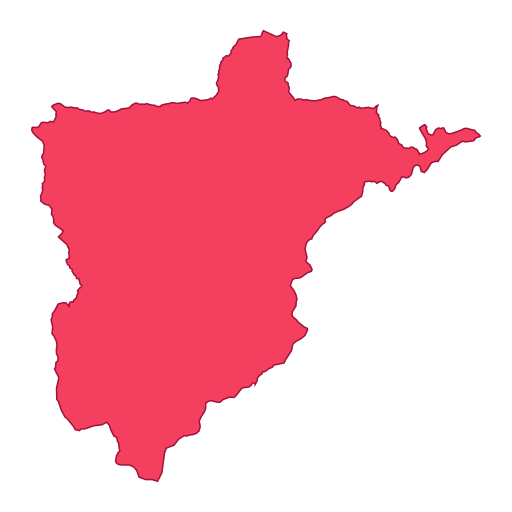 Sao Salvador Do Mundo, São Salvador do Mundo, Cabo Verde
{"feature_id": "66160863B42982614395502", "entity_name": "Sao Salvador Do Mundo", "entity_type": "district", "adm_level": 2, "iso_a3": "CPV", "parent_name": "Cabo Verde", "parent_adm1": "São Salvador do Mundo", "projection": "albers", "projection_center": [-23.615, 15.088], "detail": "fine", "context": "isolated", "style": "filled", "palette": "rose", "viewbox_px": 512, "rotation_deg": 0, "n_neighbors": 0, "source": "geoboundaries", "source_scale": "gbopen_adm2", "svg_char_len": 5914}
<svg xmlns="http://www.w3.org/2000/svg" viewBox="0 0 512 512"><path d="M79.4,430.6L81.5,428.8L84.8,428.9L94.0,425.7L101.9,424.8L106.9,422.2L109.5,425.7L110.5,429.1L113.8,435.9L116.8,437.5L117.4,441.2L118.7,443.2L119.1,447.8L119.9,451.1L118.3,452.3L116.5,455.8L115.6,461.1L116.3,462.8L118.1,464.3L121.0,464.9L129.3,465.0L133.8,467.0L136.7,470.4L139.1,477.1L145.6,479.6L152.2,479.6L157.6,481.3L161.9,472.6L164.6,452.6L166.4,448.1L174.1,445.1L178.6,439.2L184.1,435.7L186.9,436.0L189.4,435.0L192.4,434.7L196.4,433.4L199.2,430.7L200.2,426.5L199.2,421.1L201.3,416.5L204.1,412.4L205.7,408.6L205.7,403.1L209.3,400.9L211.2,400.7L218.3,402.4L220.2,402.1L222.9,399.6L228.5,397.5L231.1,397.1L234.0,397.5L236.5,395.1L240.9,389.4L242.7,387.8L248.8,387.0L250.2,386.2L253.0,382.8L255.0,383.3L255.1,384.6L257.2,380.6L257.5,378.0L259.8,375.1L261.8,374.1L262.8,371.9L265.1,371.5L269.0,368.5L272.2,367.4L273.7,365.2L284.1,362.9L285.6,359.7L291.5,350.6L292.8,344.2L295.9,341.4L300.9,338.7L305.0,335.4L307.6,329.6L307.2,328.3L304.4,327.1L298.2,322.1L296.2,319.5L293.7,317.7L292.1,315.4L292.2,312.0L295.9,306.2L296.2,301.4L297.0,299.3L296.0,294.8L294.0,290.6L290.4,285.8L291.4,282.2L292.7,279.5L294.9,278.4L299.0,278.1L301.1,277.3L307.6,272.6L311.3,271.4L312.1,269.6L310.1,265.2L305.9,261.6L307.0,257.3L305.1,249.3L305.7,245.9L306.4,243.2L308.4,240.4L310.3,239.2L311.8,238.9L313.0,235.7L316.3,231.9L320.1,226.6L322.3,224.3L324.5,223.0L325.5,221.5L324.9,219.2L326.1,218.0L331.0,215.6L333.7,213.3L338.2,211.2L343.7,209.4L349.3,206.1L351.9,204.2L353.4,202.0L361.6,196.1L362.7,191.6L363.0,187.1L364.2,185.1L364.5,182.0L370.0,180.9L370.9,181.8L374.6,181.4L377.0,183.4L378.0,182.5L380.6,181.4L381.7,181.4L385.2,183.7L385.9,185.2L388.2,185.9L389.0,186.8L389.5,189.4L390.6,190.8L391.2,191.3L392.6,191.2L394.7,188.8L396.1,184.6L398.7,182.5L402.0,176.6L406.3,177.9L409.2,177.0L411.5,174.1L413.2,167.5L415.4,165.3L416.8,165.0L419.3,165.8L419.9,166.4L421.3,171.4L424.4,172.5L427.4,169.3L430.3,164.4L431.9,162.5L435.4,161.4L438.1,161.5L442.4,154.6L450.9,146.9L456.4,145.2L461.6,141.6L463.4,141.4L465.9,141.9L473.3,140.8L474.5,139.9L476.0,137.8L479.5,136.7L480.3,136.0L478.4,133.9L476.8,133.0L474.7,130.4L466.2,128.3L464.3,128.5L460.7,130.3L451.6,133.5L448.9,133.9L445.9,132.4L443.8,128.0L442.3,127.9L441.4,128.6L438.5,128.0L435.7,129.6L433.1,134.4L432.5,135.1L431.5,135.0L429.1,134.3L427.7,132.9L426.3,129.0L426.7,127.3L425.4,125.0L424.4,124.7L419.8,127.6L419.5,128.6L425.4,138.6L426.5,142.0L426.3,145.8L426.8,147.0L428.2,148.0L428.4,148.8L427.1,150.9L423.3,153.1L419.3,154.3L419.1,152.8L418.1,151.7L417.3,149.8L416.2,149.0L414.8,148.8L414.6,148.3L412.6,147.2L411.3,147.0L408.7,148.4L403.6,147.8L402.2,146.1L401.9,145.1L398.8,143.5L397.5,139.7L395.6,137.3L394.4,137.1L393.2,137.5L390.8,136.4L389.5,135.2L389.0,133.3L386.3,130.4L383.3,129.0L381.0,128.6L381.4,127.3L380.2,124.7L380.9,122.8L379.7,120.1L379.9,118.8L378.1,115.8L378.8,115.0L376.1,112.3L376.7,110.8L376.6,108.3L377.8,105.3L376.5,105.9L374.1,108.1L372.7,108.5L368.3,107.3L361.4,108.3L359.1,107.1L358.3,107.7L356.7,107.6L353.8,105.9L350.2,105.4L347.2,101.5L344.3,100.6L343.3,99.8L340.7,99.4L335.9,96.7L333.6,96.4L327.0,98.0L326.0,97.8L323.4,98.6L321.2,99.8L317.8,100.2L316.1,100.9L310.1,100.5L306.1,99.6L303.8,100.1L301.1,99.0L297.8,99.0L294.8,100.2L293.2,97.4L288.6,91.9L289.3,87.7L288.1,84.8L288.3,83.4L287.2,82.3L285.3,81.5L284.9,80.5L285.1,77.7L286.7,76.8L287.7,75.0L288.5,69.7L291.1,66.5L291.0,63.2L288.8,59.3L288.2,59.2L288.3,58.7L287.3,58.0L286.8,56.1L287.6,54.6L287.1,52.9L288.6,45.2L288.4,42.9L289.3,40.8L287.0,39.0L286.4,35.4L286.8,33.7L283.3,32.1L281.1,35.0L278.2,36.2L275.9,36.5L263.5,30.7L262.3,32.4L261.4,35.8L260.4,36.5L251.5,37.1L238.6,39.2L236.2,44.2L233.0,47.3L232.7,48.8L231.1,50.7L231.3,52.5L228.9,55.8L226.0,55.8L224.9,57.1L223.2,57.7L222.8,59.8L220.7,62.3L221.0,63.6L219.6,65.6L219.8,67.5L218.6,71.6L219.0,72.3L218.0,74.5L218.7,75.3L218.0,79.8L216.4,83.3L217.4,86.1L218.7,87.4L218.4,89.5L218.9,90.9L216.3,95.2L212.5,98.8L210.8,98.1L209.7,99.0L207.8,99.7L201.1,100.6L195.3,98.3L193.0,98.0L190.9,98.3L190.1,100.6L187.7,103.0L185.1,102.2L176.4,103.5L174.6,102.8L171.6,102.7L168.6,103.7L166.2,103.9L161.6,105.1L160.0,106.5L156.6,106.5L155.2,105.4L151.5,105.0L146.6,103.6L144.2,104.4L142.4,104.0L139.8,104.3L136.0,103.0L132.6,104.5L128.8,108.0L121.1,109.0L117.7,110.9L114.4,111.9L110.9,112.0L109.1,110.0L107.3,110.1L105.3,111.7L101.0,113.5L96.3,112.9L94.2,112.0L91.8,112.2L88.4,110.7L85.6,111.3L83.6,110.2L79.1,109.3L77.7,108.0L73.3,107.8L71.7,107.1L68.2,107.5L64.9,107.1L60.4,103.6L57.6,103.3L52.7,105.4L51.7,106.7L56.3,111.6L55.9,114.6L56.2,116.3L54.6,119.9L53.1,122.2L51.2,121.4L50.1,121.5L48.3,122.7L42.9,122.3L41.0,123.1L38.9,126.6L37.4,127.4L34.3,127.5L33.4,127.1L32.2,127.5L31.7,130.0L32.8,132.5L36.3,136.3L42.6,141.3L44.2,145.2L43.6,153.2L42.4,154.8L41.7,157.1L43.0,160.4L43.7,164.0L45.5,165.8L45.7,166.5L44.6,169.7L44.6,172.4L45.5,174.3L44.5,176.9L44.6,181.2L44.1,182.2L42.4,183.4L42.6,185.8L42.1,188.0L42.8,188.7L42.6,190.9L40.5,196.4L41.0,198.5L40.7,200.7L41.4,201.7L44.7,204.2L49.2,205.4L51.7,208.8L51.9,211.0L51.4,214.2L53.0,216.5L53.8,220.1L53.5,222.3L55.1,225.0L63.2,230.8L61.8,233.6L58.4,236.9L67.2,244.8L67.3,245.8L68.9,248.7L69.3,250.7L68.6,252.8L69.2,254.6L69.1,257.8L68.9,258.4L66.1,259.8L66.3,261.0L67.5,264.3L69.5,265.7L69.7,267.8L72.5,269.6L72.0,271.1L74.6,275.2L76.1,276.1L76.6,278.6L78.9,278.7L80.1,284.1L81.7,285.5L81.0,287.3L79.7,288.0L77.5,290.8L78.3,292.7L77.1,294.8L76.5,297.7L73.7,300.2L73.3,301.9L72.0,301.7L69.9,302.3L69.2,303.8L69.2,306.2L65.8,302.8L62.7,302.8L58.1,304.0L54.8,310.5L52.4,313.6L52.3,316.9L51.1,319.8L52.7,326.7L52.0,333.6L54.0,336.3L56.2,340.7L57.0,344.9L56.3,350.1L56.5,353.9L58.1,356.9L57.9,360.2L57.2,361.7L56.0,362.3L55.5,367.6L54.5,369.0L58.9,377.6L56.5,388.2L56.8,399.3L58.4,401.5L61.5,410.7L65.0,417.0L67.0,418.5L71.3,423.7L73.7,426.7L75.1,429.6L79.4,430.6Z" fill="#f43f5e" stroke="#9f1239" stroke-width="1.5"/></svg>